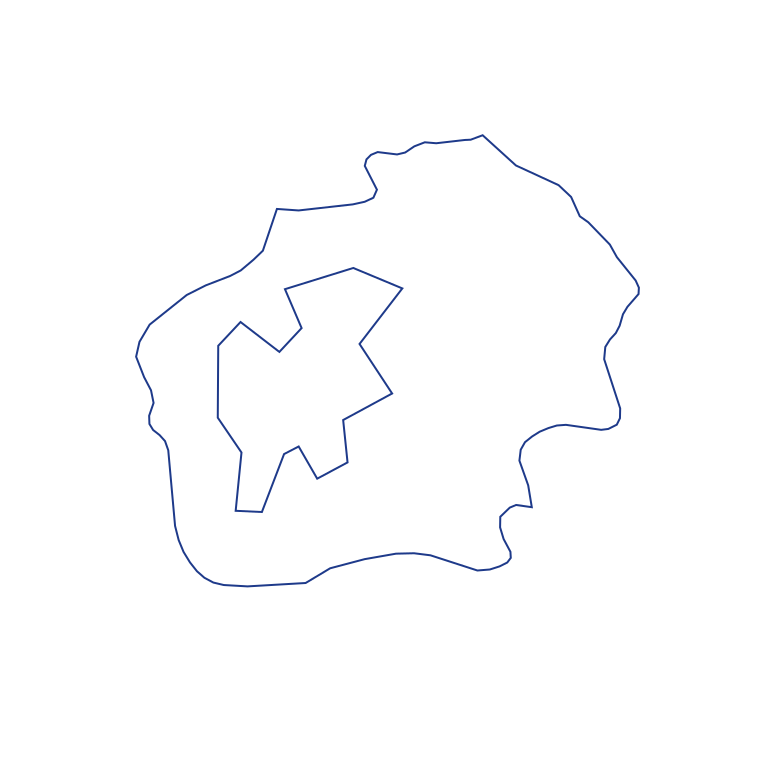 the County of Ilfov, rotated 43°
{"feature_id": "ROU-4844", "entity_name": "Ilfov", "entity_type": "County", "adm_level": 1, "iso_a3": "ROU", "parent_name": "Romania", "parent_adm1": "", "projection": "orthographic", "projection_center": [26.174, 44.513], "detail": "fine", "context": "isolated", "style": "outline", "palette": "blue", "viewbox_px": 768, "rotation_deg": 43, "n_neighbors": 0, "source": "natural_earth", "source_scale": "10m", "svg_char_len": 1534}
<svg xmlns="http://www.w3.org/2000/svg" viewBox="0 0 768 768"><g transform="rotate(43 384 384)"><path d="M186.3,329.0L203.2,315.3L238.7,273.9L245.6,263.9L249.2,255.0L246.3,246.7L221.2,237.6L218.0,231.7L218.2,225.3L221.2,218.7L237.0,207.2L241.6,200.3L244.1,189.5L249.0,179.4L258.0,172.3L276.7,150.4L280.8,146.2L286.5,134.8L331.5,134.2L376.1,119.5L393.3,119.6L412.8,127.8L423.1,126.4L454.1,128.0L467.8,132.4L497.5,136.7L504.7,139.7L508.8,144.6L509.4,161.5L511.2,170.0L516.6,180.7L518.8,188.6L518.9,197.3L520.6,206.0L528.1,215.7L573.4,240.8L579.9,248.1L582.0,255.0L578.7,263.9L574.1,269.4L544.9,289.8L538.7,296.5L534.3,304.1L530.4,312.7L528.1,321.4L526.8,330.4L528.8,338.8L535.3,347.7L558.6,359.8L576.1,373.3L563.1,382.4L560.3,388.6L559.6,401.8L566.7,409.7L577.2,415.8L590.9,420.5L595.3,424.7L595.9,430.5L592.9,438.6L587.9,447.5L579.5,456.7L534.8,477.6L521.4,487.3L508.5,499.9L489.3,525.3L470.3,555.5L462.4,583.0L422.2,625.1L403.9,640.3L394.6,645.6L384.8,648.2L374.9,648.5L363.8,646.8L351.9,643.5L340.3,638.2L328.0,630.3L271.4,579.6L262.8,575.1L254.7,574.4L246.5,575.1L239.7,573.2L233.9,567.4L228.4,555.0L217.9,547.5L203.9,542.6L184.1,533.1L176.4,519.9L172.1,500.4L179.0,453.5L186.4,433.4L197.8,409.9L201.8,398.6L203.8,382.0L204.5,369.1L186.3,329.0ZM399.7,498.8L410.8,466.2L378.7,438.2L396.4,385.4L338.8,371.4L332.2,301.6L282.4,320.1L246.9,382.2L285.6,399.3L285.6,431.9L236.8,436.5L236.7,469.1L285.4,522.0L326.5,531.3L362.0,577.9L382.0,560.9L358.7,503.4L364.2,487.9L399.7,498.8Z" fill="none" stroke="#1e3a8a" stroke-width="2"/></g></svg>